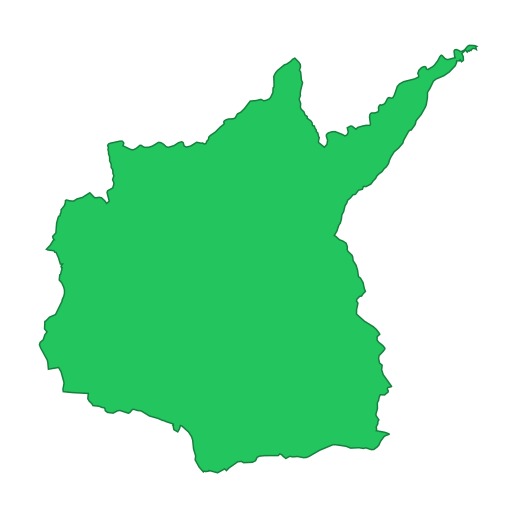 Cáqueza, Cundinamarca, Colombia, rotated 272°
{"feature_id": "7082276B82562471166978", "entity_name": "Cáqueza", "entity_type": "district", "adm_level": 2, "iso_a3": "COL", "parent_name": "Colombia", "parent_adm1": "Cundinamarca", "projection": "orthographic", "projection_center": [-73.917, 4.395], "detail": "fine", "context": "isolated", "style": "filled", "palette": "green", "viewbox_px": 512, "rotation_deg": 272, "n_neighbors": 0, "source": "geoboundaries", "source_scale": "gbopen_adm2", "svg_char_len": 6009}
<svg xmlns="http://www.w3.org/2000/svg" viewBox="0 0 512 512"><g transform="rotate(272 256 256)"><path d="M455.1,287.9L453.9,285.8L451.6,283.7L448.9,280.0L448.0,277.6L442.2,271.1L439.8,269.2L436.1,267.5L427.8,268.1L425.4,268.0L424.6,267.2L420.0,267.2L415.3,265.2L413.6,264.0L412.0,260.9L411.4,258.4L412.7,255.4L411.4,251.0L410.6,244.8L403.0,239.4L400.9,237.5L399.1,235.7L397.4,232.5L393.1,230.3L392.2,227.6L392.0,223.9L391.1,221.3L389.8,219.5L388.7,219.1L387.4,219.6L386.5,219.2L383.5,215.7L378.4,211.0L375.0,206.3L373.2,204.7L370.8,204.4L369.0,202.8L366.6,202.0L366.1,200.2L367.1,198.8L366.8,197.5L367.6,192.8L363.6,186.8L362.4,182.7L363.4,180.4L366.8,179.2L367.6,177.8L366.5,174.6L363.4,170.1L361.5,164.4L362.1,162.4L364.4,159.8L365.7,157.5L366.1,156.3L366.1,154.5L362.2,148.6L360.9,144.9L360.7,141.1L361.1,139.7L362.6,137.4L362.6,136.2L359.3,132.5L357.8,129.5L358.1,127.0L361.5,119.2L363.7,119.9L364.8,119.7L366.2,118.1L366.0,115.8L363.6,106.3L362.8,104.7L361.4,103.9L358.9,104.7L357.1,104.3L355.0,105.0L352.7,105.1L350.2,106.2L346.1,106.4L342.8,108.0L339.4,108.2L337.3,109.8L333.2,110.2L331.4,111.2L327.3,110.0L324.2,111.4L322.7,111.4L319.0,110.4L316.0,105.4L314.3,104.9L305.7,107.4L303.3,104.9L305.9,102.9L308.8,99.6L309.2,97.3L308.6,94.1L308.8,92.5L313.4,87.7L308.5,80.5L306.8,75.1L304.5,71.8L304.6,68.1L305.4,64.6L304.7,63.6L302.7,63.6L299.9,62.9L295.4,59.6L292.4,59.6L291.4,58.9L289.5,58.8L289.0,57.7L287.9,57.0L282.0,55.6L272.1,55.2L268.5,52.1L266.6,52.6L265.2,53.8L265.0,53.1L259.6,50.0L255.4,46.3L254.8,47.7L254.2,53.9L252.8,54.7L252.6,56.1L247.5,58.6L241.1,60.8L241.2,62.9L239.0,61.5L237.5,62.0L237.5,62.7L230.8,61.3L230.3,60.5L225.1,60.2L222.3,62.9L218.2,64.9L215.6,65.7L212.2,65.9L209.4,65.4L205.1,63.7L204.4,63.9L190.5,57.7L187.7,51.8L183.6,48.1L183.3,47.3L175.8,47.2L172.9,49.8L169.8,47.7L164.9,46.3L162.1,43.3L159.7,42.7L156.6,44.0L144.8,51.0L142.1,51.7L135.6,52.5L137.7,62.6L133.6,65.2L123.3,68.4L122.1,68.6L116.0,67.7L113.7,68.1L113.1,77.1L112.8,93.2L107.5,92.9L105.1,94.4L102.7,97.1L100.8,98.3L100.4,104.3L99.2,107.5L99.0,109.7L98.3,110.3L96.1,110.8L94.5,113.0L94.0,118.7L96.4,122.9L96.9,125.4L94.4,133.9L95.1,135.3L98.3,137.8L98.5,139.5L97.5,142.7L97.2,146.6L92.4,155.1L90.3,163.7L88.3,168.7L88.3,170.0L87.6,171.1L85.4,178.6L85.0,179.2L84.1,178.8L83.9,179.4L82.9,179.2L79.6,180.0L77.5,183.9L80.6,185.5L83.9,186.4L83.5,187.9L77.7,194.8L73.2,197.9L69.6,199.2L61.1,200.3L54.1,202.7L50.2,202.3L43.1,206.5L38.4,210.9L39.1,211.4L38.8,213.4L39.5,216.7L40.0,216.7L38.0,225.2L42.2,232.1L40.5,234.0L43.1,236.2L49.7,244.9L50.2,248.6L49.0,250.8L49.7,259.6L51.4,262.7L54.8,264.1L56.1,266.4L56.8,271.7L57.3,285.1L59.1,286.8L57.8,289.3L57.0,289.8L54.7,292.9L57.0,296.6L56.5,299.8L57.1,304.6L56.1,310.6L56.4,313.3L57.6,316.0L64.1,326.4L70.1,339.5L70.2,341.9L69.0,352.6L67.3,357.3L68.0,365.6L67.4,370.0L68.1,372.5L66.5,378.0L66.8,380.6L69.4,383.8L71.3,385.4L75.1,386.9L79.8,390.1L81.0,391.7L82.4,395.2L82.8,395.2L83.1,394.6L84.3,390.9L85.6,382.3L87.0,382.6L89.4,382.1L92.6,383.6L94.6,383.5L96.5,384.5L100.4,381.7L101.9,381.3L107.7,382.7L113.1,382.4L114.5,382.7L115.8,383.5L118.8,383.9L121.7,385.0L121.6,389.3L124.7,392.8L125.7,392.9L127.7,391.9L128.6,392.0L129.2,392.5L130.0,395.6L130.5,396.0L141.8,387.3L146.8,385.5L151.3,385.9L153.2,383.3L157.7,382.1L160.7,382.4L165.4,386.6L167.6,388.0L168.4,388.0L170.9,385.9L174.0,381.7L176.2,379.9L179.7,379.9L182.0,382.4L182.8,382.1L186.6,379.0L189.3,375.9L194.7,366.5L201.4,358.5L206.1,358.4L212.2,359.5L213.3,359.1L214.2,358.0L216.3,358.3L219.4,361.1L219.6,362.9L222.1,364.4L224.4,366.6L227.2,365.4L233.2,363.9L237.5,361.2L239.0,359.1L245.3,358.0L250.3,356.3L254.8,353.2L258.7,352.6L260.1,351.9L263.9,347.7L265.6,346.9L268.3,347.0L271.9,345.6L273.8,342.6L275.2,338.8L278.5,334.9L279.2,333.5L283.6,335.9L289.7,337.7L291.9,339.1L295.5,340.0L300.2,340.4L303.4,342.0L309.2,343.2L312.2,344.9L314.9,345.6L317.3,348.3L320.6,350.8L320.9,352.6L321.4,353.4L325.3,356.1L326.4,360.0L329.3,360.9L329.2,363.6L331.9,368.3L335.4,370.7L337.5,372.7L340.2,374.0L342.0,375.6L344.7,379.0L347.7,381.0L349.6,383.1L352.8,385.1L356.6,386.1L359.9,387.5L365.0,390.5L368.7,394.6L373.9,398.8L376.8,399.5L385.8,404.1L387.1,405.3L387.3,406.7L392.0,409.9L393.4,410.6L396.8,411.3L403.3,416.2L410.9,420.1L413.3,420.9L420.2,421.8L425.6,421.7L429.6,424.0L436.9,427.2L439.1,429.7L442.8,437.6L446.7,442.8L453.0,448.4L456.3,449.7L458.0,449.7L458.1,452.6L459.3,453.1L457.3,454.6L458.2,455.8L459.0,456.5L462.6,456.1L465.5,454.6L469.1,458.3L467.1,460.0L468.6,461.2L468.3,461.9L468.8,462.0L469.2,462.9L468.8,463.6L470.7,464.9L471.0,465.7L470.8,467.9L470.1,469.0L472.5,468.3L473.2,469.3L473.9,467.0L474.0,461.8L473.0,460.2L469.1,457.1L467.6,454.3L467.6,452.8L468.5,451.5L469.3,449.2L469.1,447.7L468.2,446.9L467.4,446.8L462.2,447.6L461.2,448.2L458.9,440.5L459.9,437.9L462.6,435.3L463.1,434.5L462.9,433.8L461.6,432.8L457.6,430.9L453.1,427.8L451.3,425.9L449.0,422.1L448.4,421.8L448.7,419.9L450.7,419.2L451.2,418.3L451.0,416.8L450.0,414.8L447.4,412.4L444.2,411.3L441.7,412.4L440.5,412.1L438.5,408.3L435.4,397.5L432.9,393.4L430.4,391.3L421.7,388.7L418.9,387.2L418.4,385.5L419.0,383.8L418.8,382.7L417.6,381.7L414.1,380.2L412.4,378.9L411.2,376.3L411.4,374.8L410.8,374.1L408.8,373.2L405.8,373.5L404.3,372.9L403.1,369.7L403.0,366.5L402.3,365.5L401.3,364.9L398.8,364.6L391.7,365.8L390.8,365.5L390.5,364.7L390.4,361.3L389.5,357.6L388.0,353.1L386.2,351.5L389.1,347.4L389.2,346.0L387.3,342.7L383.4,343.8L382.3,343.7L380.2,342.7L379.1,340.7L380.5,338.0L383.1,330.7L382.8,327.4L381.7,324.4L380.9,323.1L379.4,322.1L378.2,322.1L374.3,323.5L370.0,323.0L367.1,320.5L371.6,314.6L373.1,314.4L376.5,315.1L377.5,314.4L381.2,313.4L382.3,312.0L384.3,311.7L385.6,310.5L387.9,309.8L388.3,308.0L390.7,307.5L392.1,306.8L393.1,305.9L395.4,302.4L397.2,302.3L398.6,300.1L401.7,298.9L404.2,296.1L406.0,295.2L410.0,295.3L413.5,293.9L415.2,293.8L417.7,294.8L419.7,294.5L423.4,294.9L430.9,296.5L433.3,295.3L441.4,294.2L443.3,292.9L446.4,293.9L449.1,293.5L451.1,292.1L455.1,287.9Z" fill="#22c55e" stroke="#15803d" stroke-width="1.5"/></g></svg>